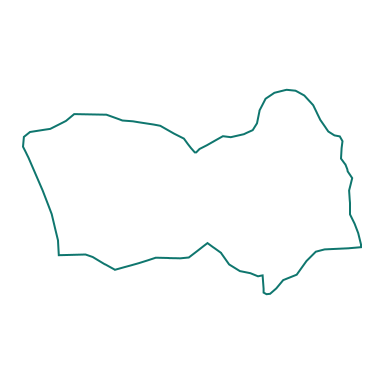 the district of Al Mansuriyah, Al Hudaydah, Yemen
{"feature_id": "15242507B31078710685035", "entity_name": "Al Mansuriyah", "entity_type": "district", "adm_level": 2, "iso_a3": "YEM", "parent_name": "Yemen", "parent_adm1": "Al Hudaydah", "projection": "robinson", "projection_center": [43.383, 14.685], "detail": "fine", "context": "isolated", "style": "outline", "palette": "teal", "viewbox_px": 384, "rotation_deg": 0, "n_neighbors": 0, "source": "geoboundaries", "source_scale": "gbopen_adm2", "svg_char_len": 1808}
<svg xmlns="http://www.w3.org/2000/svg" viewBox="0 0 384 384"><path d="M58.8,255.2L70.6,254.9L85.5,254.5L92.7,257.0L104.8,264.3L105.1,264.3L114.5,269.5L114.9,269.8L124.6,267.1L130.9,265.4L134.4,264.4L134.8,264.3L138.7,263.2L147.9,260.3L155.8,257.7L168.9,258.0L169.0,258.1L174.0,258.2L175.3,258.2L179.2,258.3L179.6,258.3L180.6,258.3L188.7,257.5L188.8,257.5L197.8,250.6L203.3,246.3L207.5,243.1L213.5,247.5L214.0,247.8L221.1,252.9L221.2,253.2L229.1,264.4L229.4,264.6L239.9,271.1L242.0,271.5L250.4,273.2L258.0,276.3L260.8,275.7L262.6,275.4L263.6,288.8L263.6,292.6L266.5,294.2L270.1,293.8L276.3,288.4L283.2,280.1L296.7,274.7L306.5,261.0L315.8,251.7L324.6,249.4L348.3,248.3L361.0,247.2L361.0,244.5L358.2,233.1L354.6,223.7L350.0,214.4L350.0,204.0L350.0,203.0L349.7,199.5L349.5,196.4L349.1,190.5L350.6,184.6L352.2,178.1L347.7,171.4L347.3,169.3L345.4,164.4L345.2,164.3L341.0,158.6L341.6,148.1L342.5,141.2L339.8,136.4L334.5,135.4L333.8,135.0L328.3,131.5L326.3,128.6L325.3,127.1L324.4,125.8L320.3,119.9L316.9,112.9L316.7,112.4L316.4,111.8L313.2,105.2L304.3,95.5L297.6,91.8L295.5,90.7L286.7,89.8L284.8,90.2L274.4,92.8L271.9,94.5L265.6,98.7L262.0,105.7L259.5,110.5L259.5,111.0L257.0,123.3L252.8,130.0L252.6,130.2L246.8,132.8L243.9,134.2L230.7,137.2L230.2,137.1L222.9,136.2L216.3,139.9L206.8,145.3L199.5,149.0L196.2,152.4L194.8,152.4L191.1,148.2L187.9,144.1L183.9,138.6L174.0,133.6L160.3,125.8L156.7,125.1L153.4,124.5L138.3,122.2L132.9,121.3L122.3,120.5L122.1,120.4L119.5,119.4L113.7,117.3L108.4,115.4L106.4,114.7L74.2,114.1L66.0,120.9L62.9,122.5L52.0,128.0L50.2,128.9L45.3,129.6L30.0,132.0L25.9,135.3L23.9,136.9L23.1,145.7L23.0,146.7L25.9,152.4L26.9,154.5L28.4,157.5L37.3,178.1L42.7,190.6L48.9,206.7L51.7,214.1L54.2,224.6L54.9,227.6L58.0,240.4L58.1,242.6L58.8,255.2Z" fill="none" stroke="#0f766e" stroke-width="2"/></svg>